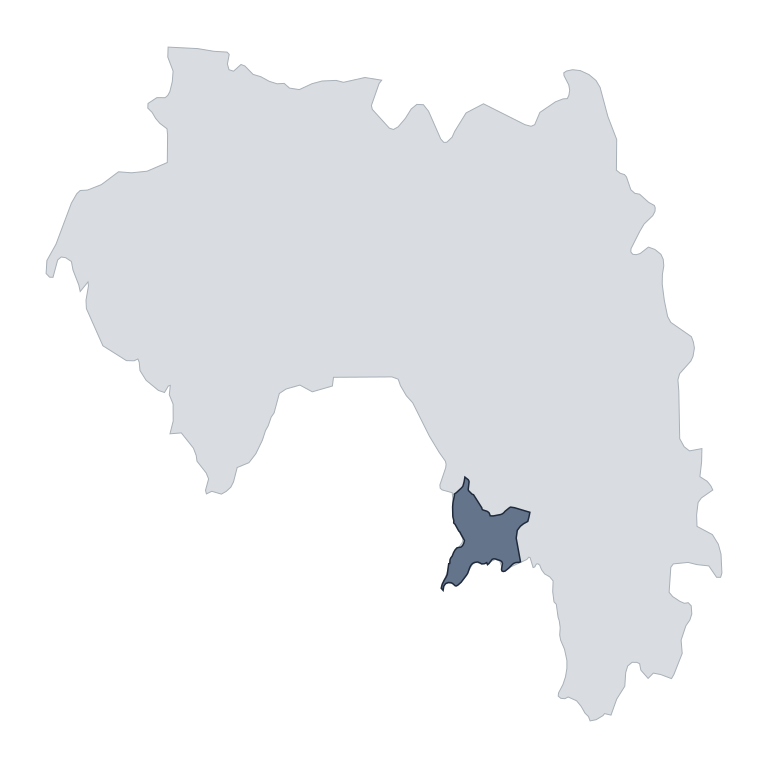 Guinea, with Guéckédou highlighted
{"feature_id": "GIN-5640", "entity_name": "Guéckédou", "entity_type": "Prefecture", "adm_level": 1, "iso_a3": "GIN", "parent_name": "Guinea", "parent_adm1": "", "projection": "equal_earth", "projection_center": [-10.351, 8.727], "detail": "fine", "context": "in_parent", "style": "filled", "palette": "slate", "viewbox_px": 768, "rotation_deg": 0, "n_neighbors": 0, "source": "natural_earth", "source_scale": "10m", "svg_char_len": 5230}
<svg xmlns="http://www.w3.org/2000/svg" viewBox="0 0 768 768"><path d="M482.8,563.7L475.7,562.4L472.6,564.2L463.2,578.9L457.6,584.7L448.8,582.9L445.7,583.9L443.4,582.2L446.6,574.2L451.1,558.2L462.6,542.0L462.8,538.7L458.1,529.2L453.2,516.4L453.2,502.6L452.2,492.7L442.1,489.9L440.2,488.2L439.9,484.9L445.7,467.7L446.1,464.2L445.4,461.2L439.2,452.4L429.4,436.2L412.7,402.8L406.4,395.8L400.5,385.7L398.2,379.2L392.0,376.9L333.5,377.3L332.4,386.0L312.3,391.8L299.9,385.1L286.1,389.0L279.3,393.5L274.1,412.9L271.2,417.1L268.2,425.8L265.5,430.6L262.4,440.2L255.8,453.8L248.9,462.7L237.2,467.5L233.5,481.9L230.8,487.2L226.2,491.4L221.4,494.1L211.8,491.3L206.4,493.9L205.5,490.3L208.6,478.9L206.2,473.0L197.0,461.2L196.2,455.4L193.4,448.1L181.3,432.9L170.0,433.8L173.2,421.0L173.1,404.1L169.3,394.8L170.3,385.4L168.3,386.0L164.5,392.5L158.4,390.4L146.1,380.3L140.0,370.6L139.2,362.2L137.9,359.0L134.1,360.8L126.4,360.6L102.9,345.8L86.4,308.6L86.0,300.2L88.5,285.8L88.0,281.9L80.2,291.5L78.8,285.0L73.0,270.1L71.4,261.5L65.7,257.7L61.2,257.0L57.7,259.9L53.0,277.3L49.6,277.2L46.1,273.5L46.9,260.5L56.0,244.2L71.4,203.1L76.8,193.7L80.2,190.5L87.4,190.1L101.4,184.6L118.5,171.8L131.6,172.8L147.1,171.2L167.3,162.5L167.6,134.9L167.0,128.8L159.8,123.3L155.7,118.5L152.1,112.4L147.8,108.1L148.0,103.5L156.9,97.6L165.1,97.7L167.8,95.4L169.9,91.5L172.3,81.6L173.1,71.1L167.8,57.1L168.1,47.1L197.7,48.6L213.9,51.3L227.1,52.1L229.2,54.4L227.4,64.0L229.0,69.7L233.5,71.2L241.0,64.5L244.9,66.0L253.1,74.4L260.8,76.7L269.2,81.3L277.1,83.8L284.2,83.4L289.5,88.1L299.3,89.6L312.0,83.7L322.1,81.0L336.1,80.4L343.5,82.3L364.9,77.5L381.7,80.2L379.1,83.5L371.4,105.5L372.3,109.4L389.3,128.1L393.4,129.5L398.1,126.9L405.4,118.3L411.2,109.0L416.8,104.4L423.4,104.7L428.6,111.3L440.7,138.9L443.8,142.4L446.7,142.3L452.1,137.2L454.8,131.2L466.1,112.9L483.5,103.8L525.0,124.7L531.1,126.3L534.7,124.7L539.9,112.4L555.5,101.8L563.0,98.9L567.3,98.6L568.9,95.2L569.7,90.2L568.8,85.0L564.0,75.6L563.8,72.8L566.6,71.0L572.6,69.7L580.3,70.6L589.0,74.6L596.0,80.5L600.1,87.4L607.9,116.6L616.7,139.5L616.4,170.2L620.3,173.3L624.5,174.6L626.5,177.0L630.8,189.7L634.8,193.3L639.6,194.2L648.6,202.3L654.4,205.5L655.2,207.9L655.0,211.3L652.8,215.6L644.1,224.0L639.8,231.3L631.0,248.7L630.8,251.9L632.7,254.3L636.3,254.7L640.2,253.5L648.4,247.1L654.8,249.4L660.9,254.3L663.2,259.3L663.8,265.9L662.4,274.4L662.2,284.0L664.3,300.3L667.6,316.5L670.8,322.4L691.4,336.7L693.4,342.1L694.4,348.1L693.0,356.4L690.9,361.0L679.6,373.7L677.9,379.8L678.8,391.1L679.7,438.7L684.2,446.8L689.5,450.9L701.9,448.6L701.6,461.9L699.9,476.7L707.2,481.3L710.8,485.8L712.8,490.0L701.4,497.9L698.1,502.5L696.6,514.9L697.0,526.4L712.4,534.6L718.3,544.2L721.0,554.1L721.9,573.0L720.6,577.3L716.6,577.3L708.8,565.9L696.9,564.6L688.1,562.4L673.3,563.9L670.8,567.3L669.1,592.3L672.7,596.6L679.8,601.3L684.4,603.3L688.2,602.7L691.2,605.8L691.8,614.0L689.8,620.1L685.9,625.7L681.1,640.1L682.2,653.4L673.9,674.5L671.5,678.6L660.5,674.5L653.3,673.1L648.1,678.4L640.9,670.2L639.6,663.7L636.9,662.4L632.1,662.3L627.7,666.0L625.7,672.6L624.8,686.2L616.7,699.1L611.0,715.1L604.5,713.6L603.0,715.6L596.1,719.7L590.1,720.9L588.5,716.6L585.0,713.1L581.1,706.3L576.6,700.8L568.2,697.0L564.8,698.7L560.8,698.3L558.2,696.1L558.6,692.8L563.0,684.4L565.5,676.8L566.9,668.4L566.9,660.4L564.5,649.2L560.7,640.3L559.7,635.1L560.2,627.7L559.3,620.9L558.1,617.3L556.3,604.3L554.0,601.9L552.7,591.6L553.1,580.9L549.8,576.9L544.6,573.9L541.6,569.8L539.7,565.1L537.9,563.8L536.3,564.1L534.8,566.9L533.1,567.6L530.1,557.6L528.8,557.2L526.8,559.5L502.9,570.5L499.8,561.1L495.3,559.4L487.4,563.2L482.8,563.7Z" fill="#d9dde1" stroke="#a8b0b8" stroke-width="1"/><path d="M454.4,494.9L454.3,494.1L456.3,492.7L461.4,488.0L462.7,486.5L463.0,485.8L464.1,481.9L464.9,477.1L468.2,479.7L468.7,480.5L469.1,481.8L468.2,489.5L468.4,490.3L468.7,490.8L472.1,494.2L473.5,494.7L481.8,507.8L481.9,508.6L482.1,509.2L482.4,509.6L483.1,510.0L486.9,511.2L488.3,512.1L489.2,513.0L490.1,515.4L490.2,515.8L491.4,515.9L493.4,515.9L500.8,514.5L502.4,513.8L503.6,512.9L504.2,512.3L505.0,511.3L509.7,507.5L510.6,507.1L514.5,507.7L529.9,512.3L528.9,517.3L527.8,521.4L523.6,523.7L520.3,526.3L517.3,530.3L516.2,538.1L520.5,561.8L519.2,562.3L518.8,562.4L517.0,562.4L515.4,562.7L513.9,563.3L512.4,564.4L508.8,568.1L505.1,571.1L503.2,571.5L501.9,570.9L501.5,569.3L502.5,563.5L501.8,561.7L500.4,560.6L495.2,558.9L493.7,558.8L492.1,559.4L489.0,563.5L487.5,564.7L486.7,562.6L484.8,563.6L483.9,563.8L482.9,563.8L481.8,564.0L481.0,563.6L480.3,563.1L477.8,562.0L477.2,562.0L474.4,562.5L473.0,563.2L471.8,564.2L470.8,565.5L469.9,567.2L467.7,573.3L466.5,575.2L461.1,582.3L457.9,585.1L456.2,586.0L455.2,585.8L452.6,583.5L451.2,582.7L448.2,582.5L445.6,583.6L443.8,586.2L443.1,590.4L441.2,588.2L442.2,584.2L444.3,580.0L446.0,577.3L447.3,574.3L448.7,563.7L449.7,563.5L449.9,562.5L449.9,561.0L450.1,559.4L450.8,557.9L452.2,556.1L453.6,552.5L455.1,549.9L456.9,547.9L458.7,547.4L460.8,547.2L462.6,545.6L463.8,543.2L464.5,540.5L460.6,533.5L460.1,532.3L458.7,530.9L455.0,524.2L454.7,523.9L454.0,523.4L453.7,522.8L453.7,522.4L453.8,521.1L453.8,520.5L452.9,517.0L452.8,515.8L452.6,506.8L453.0,502.5L454.5,495.2L454.4,494.9Z" fill="#64748b" stroke="#1e293b" stroke-width="1.5"/></svg>